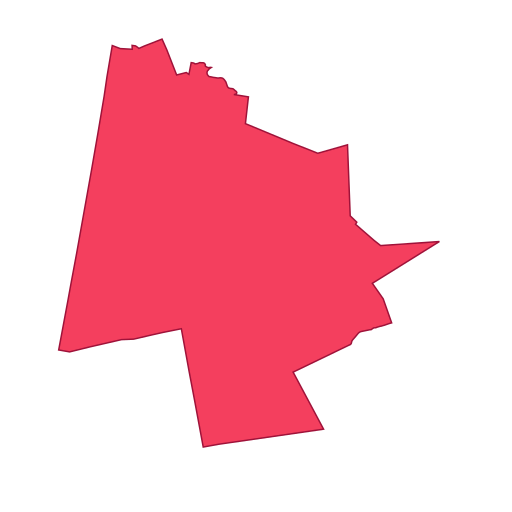 outline of Santa Cruz, Sonora, Mexico, rotated 280°
{"feature_id": "50627088B60654527748106", "entity_name": "Santa Cruz", "entity_type": "district", "adm_level": 2, "iso_a3": "MEX", "parent_name": "Mexico", "parent_adm1": "Sonora", "projection": "orthographic", "projection_center": [-110.513, 31.156], "detail": "medium", "context": "isolated", "style": "filled", "palette": "rose", "viewbox_px": 512, "rotation_deg": 280, "n_neighbors": 0, "source": "geoboundaries", "source_scale": "gbopen_adm2", "svg_char_len": 1954}
<svg xmlns="http://www.w3.org/2000/svg" viewBox="0 0 512 512"><g transform="rotate(280 256 256)"><path d="M97.2,352.6L148.1,312.7L185.4,364.5L186.4,365.0L188.9,365.2L189.5,365.4L190.1,365.7L194.1,368.1L197.3,369.9L198.3,370.6L199.1,371.4L199.7,372.3L200.6,374.5L202.3,378.8L202.7,379.8L203.2,381.0L203.4,382.1L203.8,382.5L205.1,383.8L205.7,384.5L205.8,384.8L205.9,385.4L206.0,385.9L206.1,386.2L206.3,386.7L206.9,387.6L207.8,389.4L208.2,390.2L208.8,391.8L209.4,392.9L210.2,394.6L211.5,396.9L212.6,398.9L213.7,401.2L235.9,388.7L249.3,375.3L302.1,434.1L287.9,376.9L291.9,369.5L304.5,348.5L306.8,349.4L311.9,341.8L381.4,326.8L367.9,299.0L373.4,272.3L384.5,222.6L411.4,220.9L411.2,206.8L411.4,206.8L411.7,207.6L412.2,208.4L413.4,208.8L414.2,208.4L414.8,207.7L415.1,207.1L415.3,206.5L415.8,206.0L416.2,205.2L416.6,204.6L416.7,204.1L416.7,203.1L416.6,202.1L416.6,201.0L416.8,199.7L417.3,199.1L418.0,198.4L422.2,196.1L422.7,195.6L423.3,195.0L423.9,194.4L424.4,193.8L425.0,192.8L425.3,192.3L425.4,190.8L425.3,189.8L424.7,187.9L424.6,186.8L424.6,184.8L424.5,183.0L424.6,181.2L424.6,179.3L424.6,178.5L424.9,178.1L425.4,177.5L426.0,176.8L426.8,176.3L428.0,175.9L428.7,175.9L430.0,176.1L430.9,176.8L431.6,177.1L432.3,177.6L433.6,178.9L433.9,179.2L433.9,178.5L433.7,177.8L433.3,176.7L433.3,176.1L433.5,174.8L433.9,173.8L434.0,173.4L434.4,173.0L435.4,173.0L436.1,172.5L436.7,172.0L437.1,171.1L437.1,170.0L436.9,169.0L436.7,167.0L436.0,166.0L435.4,165.0L435.1,164.2L434.8,163.3L434.6,162.6L434.8,162.1L435.2,161.3L435.2,158.6L423.2,158.4L424.6,155.5L420.5,146.4L443.5,132.4L453.3,125.8L443.5,109.7L440.1,104.6L441.0,103.1L442.0,100.9L441.9,97.4L438.1,98.2L436.7,86.3L438.3,77.9L406.9,78.1L386.9,78.7L349.4,79.0L311.3,79.1L227.5,78.9L196.8,78.6L178.9,78.5L129.2,78.0L129.2,89.1L137.7,108.3L150.3,138.1L152.9,150.0L160.4,167.6L164.6,177.7L171.4,195.1L130.1,210.4L103.4,220.5L58.7,237.2L64.1,251.8L97.2,352.6Z" fill="#f43f5e" stroke="#9f1239" stroke-width="1.5"/></g></svg>